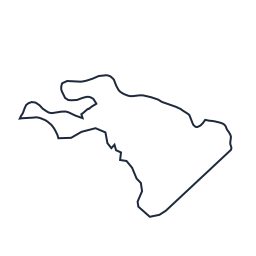 the district of Alexander, Illinois, United States of America, rotated 137°
{"feature_id": "52423323B19456558082814", "entity_name": "Alexander", "entity_type": "district", "adm_level": 2, "iso_a3": "USA", "parent_name": "United States of America", "parent_adm1": "Illinois", "projection": "albers", "projection_center": [-89.326, 37.153], "detail": "fine", "context": "isolated", "style": "outline", "palette": "slate", "viewbox_px": 256, "rotation_deg": 137, "n_neighbors": 0, "source": "geoboundaries", "source_scale": "gbopen_adm2", "svg_char_len": 1706}
<svg xmlns="http://www.w3.org/2000/svg" viewBox="0 0 256 256"><g transform="rotate(137 128 128)"><path d="M132.8,196.0L140.5,203.9L145.6,205.6L147.3,204.7L149.0,203.4L150.3,202.0L151.3,200.2L153.5,192.9L152.6,189.2L150.3,186.7L146.0,183.2L140.9,181.1L137.0,179.0L135.7,177.8L134.7,176.4L134.0,174.8L133.5,172.9L134.4,167.9L134.6,167.3L139.8,168.4L143.7,168.7L143.8,169.1L144.9,169.4L150.9,169.6L152.7,169.9L154.5,166.2L158.0,172.9L160.8,180.0L162.4,182.6L165.7,185.5L173.4,190.7L175.0,192.6L175.9,194.7L177.2,200.2L177.2,205.1L178.3,209.7L180.8,212.7L183.9,214.0L186.7,214.3L189.8,213.1L194.3,210.8L196.4,210.1L197.7,209.9L200.7,208.7L198.6,207.2L190.2,200.2L188.0,198.6L186.2,196.4L185.3,194.8L183.2,190.3L182.5,187.5L181.9,182.6L182.3,178.3L183.1,175.1L184.4,170.9L185.9,168.0L176.3,159.6L164.6,156.9L151.9,150.0L147.5,140.2L153.4,130.9L153.9,124.6L149.3,125.0L151.9,119.9L149.8,114.9L155.6,110.0L151.6,104.9L152.1,96.2L156.2,85.2L156.1,79.0L160.8,72.2L171.2,67.6L174.1,63.4L172.6,48.2L164.3,43.1L156.9,41.7L67.6,41.8L66.4,42.5L65.6,43.5L64.1,46.6L62.6,48.1L59.2,50.9L58.6,51.6L57.8,53.2L57.0,56.5L56.8,58.6L56.3,60.5L55.6,62.1L55.3,63.3L55.3,65.2L55.8,66.8L57.0,69.1L59.7,73.2L61.4,75.5L63.6,77.9L66.0,81.3L66.5,81.2L70.0,80.5L73.3,80.4L76.3,81.3L77.0,81.7L77.7,82.6L77.9,83.4L78.1,85.5L77.9,86.5L74.4,95.3L74.4,97.0L76.2,104.0L76.5,105.9L78.7,111.2L85.4,123.9L86.6,128.3L90.2,134.9L94.4,141.1L95.4,142.3L97.0,143.8L102.3,147.7L104.3,149.4L105.8,151.4L107.8,155.5L109.0,159.6L109.0,162.2L107.8,166.9L105.4,172.9L105.3,174.2L105.6,177.4L105.9,178.3L106.7,179.9L108.0,181.5L114.0,186.0L120.2,188.2L125.8,190.8L128.9,192.6L131.1,194.2L132.8,196.0Z" fill="none" stroke="#1e293b" stroke-width="2"/></g></svg>